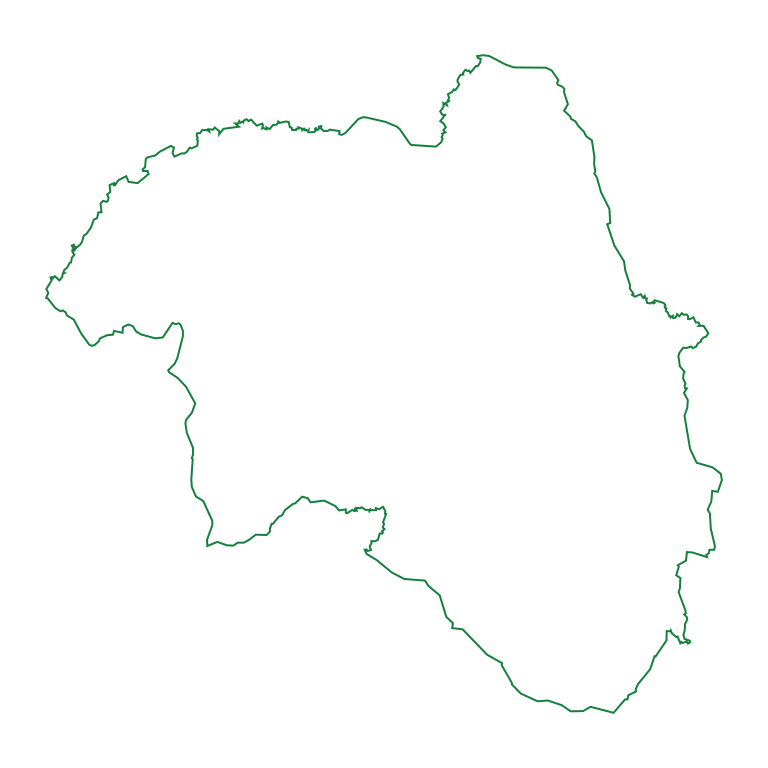 the district of Nong Saeng, Udon Thani, Thailand
{"feature_id": "78962969B88250797727132", "entity_name": "Nong Saeng", "entity_type": "district", "adm_level": 2, "iso_a3": "THA", "parent_name": "Thailand", "parent_adm1": "Udon Thani", "projection": "robinson", "projection_center": [102.753, 17.139], "detail": "fine", "context": "isolated", "style": "outline", "palette": "green", "viewbox_px": 768, "rotation_deg": 0, "n_neighbors": 0, "source": "geoboundaries", "source_scale": "gbopen_adm2", "svg_char_len": 6044}
<svg xmlns="http://www.w3.org/2000/svg" viewBox="0 0 768 768"><path d="M233.5,545.6L237.6,542.7L243.6,542.7L249.1,539.9L255.7,534.7L266.5,535.0L269.8,531.8L270.0,528.2L271.7,523.8L272.9,523.9L278.7,516.8L282.0,515.3L285.0,510.1L293.0,503.9L295.3,503.3L302.1,496.7L307.8,498.2L310.6,502.3L324.2,500.6L335.4,506.1L339.0,510.4L345.8,509.4L345.9,512.6L347.0,513.3L352.3,509.9L354.4,511.1L355.1,510.9L354.9,509.3L356.7,510.5L356.3,507.8L359.7,508.2L361.6,507.3L365.5,509.8L368.9,509.9L369.3,511.2L370.4,509.3L371.1,510.2L376.0,510.1L375.9,508.2L379.2,509.2L383.0,506.8L385.3,511.1L385.0,513.6L386.1,513.9L383.0,522.5L384.1,523.8L382.8,527.5L384.5,529.1L382.0,531.2L382.9,532.4L382.3,533.5L379.7,533.5L378.0,539.7L375.1,541.3L371.4,541.1L371.5,543.0L369.7,546.5L371.0,550.0L367.7,551.0L366.5,549.5L364.7,549.7L366.6,554.0L376.9,560.2L391.8,572.5L404.4,579.0L425.0,580.6L428.4,585.9L439.7,595.3L446.3,616.9L452.9,623.2L452.2,628.1L462.6,629.3L487.2,654.8L502.0,663.1L501.7,665.2L511.8,682.8L512.1,684.7L521.0,693.7L537.7,701.3L547.8,700.5L561.5,705.1L570.7,711.3L583.0,711.1L590.5,706.8L613.6,712.8L625.1,699.4L627.5,699.3L628.4,695.2L636.1,691.4L635.7,689.2L638.0,684.1L650.1,669.3L654.6,656.2L655.6,656.5L666.5,640.4L666.7,631.1L670.3,631.3L670.7,630.4L671.9,633.4L676.5,637.1L677.6,636.6L680.3,643.2L681.3,641.9L682.5,643.0L686.6,641.6L688.0,643.6L690.1,642.3L689.7,640.7L684.5,638.9L683.4,634.6L684.7,630.6L685.0,624.2L687.3,619.4L686.8,617.1L684.2,614.4L685.8,613.4L685.4,610.4L678.6,592.0L679.9,588.4L680.4,578.1L676.2,575.3L678.8,566.7L677.8,565.2L686.0,560.7L686.9,552.1L692.6,552.5L707.0,557.1L706.4,554.9L708.8,553.3L709.5,549.8L714.3,549.7L714.9,546.1L710.8,528.6L709.9,513.6L707.7,509.6L711.3,501.6L712.2,490.9L717.8,491.8L721.9,480.1L720.8,473.8L712.6,467.4L696.7,462.8L690.1,449.0L684.5,415.7L687.3,407.8L687.8,400.1L684.0,392.9L686.8,388.4L685.2,388.4L684.5,385.7L685.5,383.5L683.1,378.7L683.6,373.3L684.6,372.0L679.9,366.3L678.4,356.3L679.3,353.0L683.1,347.7L686.4,348.0L691.2,346.5L692.8,348.1L696.1,346.7L697.9,343.4L701.1,341.4L701.1,339.9L703.5,337.5L706.1,336.6L708.3,333.2L703.5,325.8L698.8,325.9L699.9,325.0L698.4,322.4L695.8,322.5L693.4,317.3L689.8,319.2L688.0,319.0L688.2,316.5L686.7,314.5L683.4,314.7L681.8,313.2L679.3,316.3L677.1,314.1L675.6,317.7L673.2,318.0L672.8,315.8L670.6,317.5L670.1,316.1L668.3,316.0L669.1,315.8L667.8,312.4L665.8,310.9L666.4,308.4L665.2,308.0L664.6,306.5L665.5,305.2L663.7,303.0L654.6,300.2L653.8,301.8L654.7,302.7L653.3,303.4L652.4,302.2L650.0,303.5L647.2,302.9L646.2,299.7L646.9,298.5L645.3,298.2L644.7,295.9L643.2,297.9L640.7,294.2L634.9,296.7L632.1,294.9L633.5,293.9L629.8,288.5L630.0,285.0L625.4,270.8L624.0,261.3L614.4,245.6L607.2,224.2L610.2,223.0L609.4,209.0L601.1,192.4L596.8,177.3L594.3,173.4L595.3,171.1L594.1,164.0L594.4,156.7L591.9,140.4L586.1,136.2L583.7,131.4L578.1,125.8L575.5,121.4L571.0,118.8L570.4,116.6L564.1,110.7L567.9,104.2L564.0,92.1L564.4,88.9L562.2,86.6L557.9,84.8L557.0,83.2L558.4,80.1L551.7,70.5L545.9,67.7L513.7,67.4L505.5,64.5L489.2,56.0L483.0,55.2L477.2,56.1L477.9,58.1L480.7,58.8L480.2,62.5L477.6,66.3L476.0,66.0L470.4,72.8L469.2,70.6L467.9,71.1L465.4,69.8L463.0,72.9L463.3,74.6L460.4,74.8L457.6,79.5L457.5,81.7L459.2,84.3L457.4,87.5L455.2,90.2L453.7,89.4L452.1,92.0L448.0,94.2L449.1,98.1L447.9,100.2L449.1,101.0L446.0,102.9L446.9,105.2L443.3,103.0L443.6,106.7L440.2,111.5L442.2,114.7L445.0,115.0L440.3,121.1L443.7,123.6L445.8,127.1L443.4,130.2L445.4,132.4L442.1,133.6L442.7,135.5L441.6,137.1L442.6,138.8L441.0,142.5L435.9,146.6L411.9,145.0L410.2,144.2L399.7,129.1L396.8,126.6L385.5,121.9L366.5,117.5L363.0,117.2L358.4,119.0L345.4,133.0L341.7,134.9L339.2,134.2L339.5,131.1L329.8,129.6L328.0,130.9L323.8,131.1L321.1,128.6L321.3,126.1L318.9,126.6L319.2,128.4L317.6,130.0L316.2,129.9L316.2,128.2L315.1,128.6L315.3,131.1L314.4,132.0L309.2,132.4L308.1,131.5L308.4,130.2L307.4,131.2L306.4,129.9L304.1,130.5L305.1,129.6L304.1,128.6L302.2,130.3L301.8,128.6L298.5,127.3L298.5,128.7L296.4,128.7L296.0,130.0L292.1,130.1L291.6,127.5L289.9,127.3L288.7,122.0L285.9,121.5L279.6,122.9L278.3,121.5L277.7,123.5L276.1,124.8L273.0,125.0L269.6,129.1L266.6,127.5L267.0,129.0L266.1,129.4L263.6,128.0L262.1,128.5L262.9,125.1L262.3,123.6L256.7,125.7L251.1,119.6L248.6,121.1L246.6,119.2L243.6,120.7L243.3,122.4L242.2,121.7L240.5,122.8L239.3,121.1L238.6,123.4L235.2,123.5L239.0,126.7L223.5,128.8L219.2,134.2L219.4,131.4L214.8,127.5L212.9,129.7L208.5,129.2L209.2,131.5L207.1,130.0L202.1,130.1L200.0,133.2L197.1,133.3L196.7,135.9L197.7,137.7L197.0,139.4L197.9,140.6L197.3,145.8L191.6,148.4L189.7,147.6L186.8,151.9L184.4,153.5L181.9,153.3L174.4,156.6L172.6,153.0L173.9,147.6L170.9,145.9L160.1,151.5L155.3,155.4L147.5,157.4L145.8,158.9L145.1,167.3L142.6,169.3L143.0,171.0L147.6,171.0L148.6,174.0L137.7,183.1L128.6,181.9L126.2,176.2L118.5,180.2L114.8,185.4L113.8,185.2L114.1,183.2L109.6,185.0L110.3,191.9L107.1,194.5L108.6,197.7L108.0,200.5L106.7,201.9L103.0,200.8L100.5,203.6L101.5,212.3L98.3,212.4L97.1,218.1L93.8,219.7L90.9,227.6L86.5,233.9L83.7,235.7L82.1,241.7L80.0,244.8L76.9,247.2L74.6,246.6L73.9,244.7L71.8,245.6L73.5,248.7L75.5,248.8L74.2,250.6L72.4,250.0L72.4,251.9L74.3,254.8L71.8,257.8L71.1,262.4L69.8,262.7L67.3,267.4L64.2,270.1L63.2,273.1L64.2,273.2L62.6,274.1L62.2,277.1L59.3,280.4L54.9,276.2L52.3,278.7L52.2,277.1L50.5,277.4L51.6,280.4L46.3,289.1L48.3,292.8L46.1,297.9L47.7,298.4L55.3,308.0L60.4,311.3L62.7,310.4L65.7,312.3L66.9,315.5L73.7,319.5L81.3,333.7L89.2,344.6L91.5,345.8L94.5,345.1L98.9,341.1L99.9,338.4L107.2,335.2L112.9,334.7L114.1,330.9L122.5,332.8L123.0,327.1L128.2,324.5L132.8,326.1L136.1,331.4L140.9,334.4L155.2,338.3L162.8,337.5L172.5,322.9L175.6,324.1L178.8,323.3L180.6,324.8L182.9,330.8L182.9,336.2L177.3,358.2L174.6,363.8L168.2,370.3L169.1,372.2L177.6,377.9L186.0,386.7L195.2,403.3L192.0,412.5L186.1,419.9L185.4,423.3L186.8,432.8L193.0,447.9L193.1,454.6L191.8,458.2L192.7,459.3L191.3,479.7L191.8,486.9L195.9,496.4L203.3,501.1L212.3,520.9L212.3,525.3L207.0,539.8L207.3,546.0L217.3,541.9L226.8,545.3L233.5,545.6Z" fill="none" stroke="#15803d" stroke-width="2"/></svg>